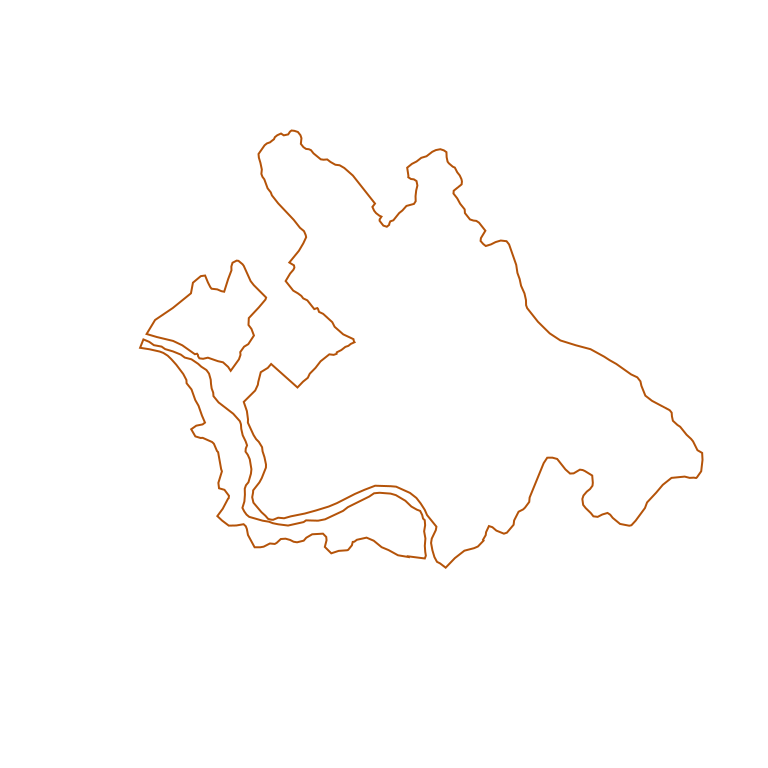 Markz Mallawi, Al Minya, Egypt (Mercator projection), rotated 143°
{"feature_id": "37247803B90937698610862", "entity_name": "Markz Mallawi", "entity_type": "district", "adm_level": 2, "iso_a3": "EGY", "parent_name": "Egypt", "parent_adm1": "Al Minya", "projection": "mercator", "projection_center": [30.813, 27.775], "detail": "fine", "context": "isolated", "style": "outline", "palette": "amber", "viewbox_px": 768, "rotation_deg": 143, "n_neighbors": 0, "source": "geoboundaries", "source_scale": "gbopen_adm2", "svg_char_len": 6168}
<svg xmlns="http://www.w3.org/2000/svg" viewBox="0 0 768 768"><g transform="rotate(143 384 384)"><path d="M506.8,454.1L509.8,444.9L513.9,437.6L516.0,435.0L518.9,421.7L519.3,416.9L518.8,413.1L519.4,406.9L521.5,403.3L523.5,397.5L526.7,390.7L528.6,388.3L538.3,382.4L542.7,380.4L552.5,377.8L553.9,376.1L557.4,372.9L559.7,367.8L559.0,355.4L558.0,350.1L557.7,346.0L555.9,343.7L554.3,342.3L549.0,340.9L544.6,336.9L538.1,334.4L525.2,328.2L514.6,324.0L501.9,319.4L493.3,317.2L473.4,313.7L463.1,311.2L452.3,308.1L440.0,298.2L436.1,294.7L428.8,281.4L426.7,273.5L426.6,266.6L427.2,258.9L428.5,253.4L428.0,238.5L430.6,236.1L438.9,231.8L442.1,228.7L445.4,222.1L447.9,215.4L448.7,210.1L447.2,207.0L445.3,200.2L432.2,202.3L420.1,202.5L410.9,198.7L406.8,197.7L398.7,199.0L398.7,200.0L393.7,202.1L391.7,204.2L385.7,207.4L383.6,204.4L382.5,199.3L378.3,192.3L375.3,191.3L365.2,193.6L362.2,196.7L353.4,201.0L348.3,200.1L345.8,200.4L339.0,202.4L336.0,205.7L304.1,224.7L298.0,226.9L293.9,223.9L290.8,219.9L290.5,206.6L289.3,200.5L286.3,198.5L279.1,197.7L277.1,195.7L276.0,193.7L272.8,185.6L276.7,179.4L278.7,177.3L282.7,176.1L286.8,176.0L291.8,174.9L294.8,172.8L297.7,167.6L297.6,163.5L296.5,156.4L296.4,152.3L293.3,149.3L288.2,148.4L283.1,146.5L282.0,143.5L281.9,139.4L279.7,130.2L273.4,123.2L271.4,122.3L265.3,123.4L250.2,127.9L245.2,131.1L232.1,133.4L222.0,135.7L210.9,136.0L199.6,129.1L196.4,125.1L193.0,122.8L191.3,121.1L190.3,121.1L183.2,123.4L175.3,131.7L171.4,137.5L173.5,142.5L171.7,152.2L171.8,155.3L172.9,161.4L173.2,171.6L174.3,174.7L175.4,180.8L173.5,184.9L171.5,188.0L171.6,191.1L180.1,209.3L182.3,217.4L179.5,227.7L177.6,231.8L177.7,236.9L180.9,243.0L186.4,260.2L189.5,267.3L191.7,273.3L198.1,287.5L207.5,299.5L216.9,312.6L221.2,324.7L223.6,341.0L224.0,358.4L223.1,361.4L220.1,365.6L217.3,371.8L215.4,380.0L212.5,386.2L210.6,392.4L206.7,399.6L200.1,420.2L200.2,424.3L204.4,428.3L209.5,430.2L214.5,431.1L219.7,433.0L220.5,436.1L220.8,440.1L218.8,442.2L210.8,445.4L211.0,455.6L212.1,458.7L214.2,460.7L216.3,463.7L216.5,471.8L214.5,474.9L214.7,482.1L213.8,488.2L213.9,494.3L212.0,496.4L201.9,496.7L199.9,498.8L198.9,500.9L198.0,505.0L198.1,509.0L197.2,514.2L198.3,516.2L199.4,521.2L199.4,523.3L197.5,527.4L194.6,531.6L195.6,534.6L197.7,537.6L201.8,539.6L205.7,540.4L213.0,540.3L218.1,542.2L224.1,542.1L229.2,543.0L235.3,542.8L239.2,535.6L240.2,534.5L239.1,531.5L237.0,529.5L235.9,526.5L237.9,522.4L241.8,519.2L245.8,515.0L248.7,510.9L251.7,509.8L258.9,512.7L264.9,511.5L269.0,511.4L278.0,509.1L281.1,510.1L283.1,509.0L284.1,508.0L287.1,507.9L289.2,510.9L289.3,515.8L289.3,517.0L288.4,518.1L285.3,519.2L286.4,521.2L287.5,525.2L287.6,528.3L286.7,532.4L282.6,533.5L283.4,569.2L285.7,580.4L287.8,585.4L290.9,588.4L293.1,593.5L294.2,597.5L297.3,599.5L299.3,601.5L301.5,610.6L301.6,614.7L302.7,616.7L304.8,618.7L305.8,621.7L305.9,625.8L302.0,630.0L301.0,633.0L301.1,637.1L303.2,640.1L305.3,642.1L307.3,642.1L310.3,641.0L314.4,642.9L315.5,646.0L319.5,646.9L322.6,646.8L324.6,645.7L327.2,645.7L329.6,645.6L332.7,646.6L335.7,646.5L345.8,643.2L347.7,640.1L349.6,635.0L352.5,628.8L355.5,625.6L356.4,622.6L356.4,619.5L359.2,610.3L359.1,605.2L360.0,602.1L359.8,591.9L357.3,569.5L357.1,559.3L355.9,554.2L356.9,550.1L357.8,548.1L363.8,544.9L371.8,541.6L386.5,538.0L384.5,532.9L385.5,530.9L387.5,529.8L392.5,528.7L400.6,525.4L400.3,513.2L398.2,508.2L397.0,504.1L397.0,501.0L394.9,497.0L394.6,485.8L391.6,484.8L391.5,483.8L392.5,480.7L390.4,476.7L388.1,464.5L389.0,459.4L386.7,448.2L381.4,438.2L382.4,436.1L382.4,435.1L386.4,436.0L389.5,435.9L392.5,436.9L397.6,436.8L402.7,437.7L403.7,436.6L406.7,437.6L409.8,440.6L421.0,440.3L429.0,438.1L437.1,436.9L441.1,434.8L447.2,434.6L455.2,433.3L462.1,467.9L467.1,466.8L475.3,467.6L483.2,461.3L485.2,459.3L490.8,456.3L506.8,454.1ZM549.3,564.4L557.0,559.7L550.4,552.9L543.6,544.9L541.5,541.6L539.7,536.8L538.9,531.7L538.3,524.4L538.3,512.8L539.4,506.1L541.2,503.4L541.0,495.5L544.4,484.7L545.2,478.3L548.4,468.3L550.2,460.9L553.2,460.9L559.0,463.7L565.2,463.9L566.2,455.7L563.0,451.3L561.2,450.1L556.2,441.1L555.8,438.7L557.7,431.0L557.5,429.4L565.3,414.0L566.0,411.8L575.8,404.7L578.5,400.0L575.1,395.5L575.1,388.0L576.9,386.2L577.7,386.2L587.9,381.4L596.6,378.8L595.5,372.4L593.2,364.3L587.1,359.9L580.5,356.5L580.0,353.5L580.8,350.7L583.5,345.3L585.6,331.5L581.3,328.2L578.0,326.5L571.1,325.3L567.5,322.0L565.4,321.7L559.7,322.3L555.7,319.7L552.8,315.9L551.1,312.4L548.7,309.9L542.4,307.2L538.6,308.0L531.8,307.2L522.8,301.2L522.2,296.6L523.9,293.8L529.3,289.5L528.0,280.5L520.6,278.0L513.5,273.4L512.4,273.1L506.7,274.5L504.0,276.7L502.6,275.9L499.4,275.9L490.4,271.8L486.5,265.0L484.1,255.1L480.3,248.6L475.9,238.8L468.6,231.1L468.4,231.8L456.4,220.1L453.9,221.7L452.1,225.1L448.8,230.2L443.9,235.7L440.6,242.2L436.1,246.5L433.4,250.8L433.8,253.0L432.3,256.5L431.5,260.9L433.4,263.9L435.9,269.7L437.2,277.9L441.4,288.1L444.7,292.5L453.0,299.8L457.7,302.7L463.5,303.0L487.0,307.4L493.0,307.3L512.5,311.4L518.9,314.5L528.3,322.0L531.3,322.1L545.8,328.7L552.9,335.6L556.6,339.8L558.7,343.2L563.2,347.9L571.6,359.0L572.4,362.4L572.3,366.4L571.6,370.3L566.2,374.2L561.7,379.3L558.2,384.2L555.2,386.2L551.4,387.1L544.3,392.4L541.2,395.7L536.5,404.7L535.4,409.5L535.3,413.3L533.3,415.6L530.3,417.4L529.0,421.5L527.7,428.1L525.0,434.1L522.5,437.9L521.5,441.0L522.3,451.0L527.2,468.8L527.5,476.9L525.6,479.9L524.3,484.2L522.1,488.2L519.8,491.7L517.5,497.6L517.4,502.0L519.5,507.8L520.3,512.0L522.9,519.6L527.2,525.0L528.6,529.8L532.9,537.0L537.8,543.6L539.1,547.7L544.4,553.5L546.1,558.9L549.3,564.4ZM426.1,524.0L428.5,541.3L428.6,546.4L424.9,562.8L424.9,564.8L426.1,569.9L427.4,571.2L432.0,572.0L435.2,569.7L437.4,566.6L445.3,561.6L456.1,553.9L458.0,556.0L460.2,559.9L464.4,563.9L464.4,566.0L463.5,571.1L461.6,578.3L465.4,580.4L475.6,579.9L483.6,572.6L506.9,571.8L528.3,572.9L543.5,566.8L537.2,558.3L526.5,545.3L521.8,536.3L517.1,521.6L515.1,520.7L515.1,519.2L515.8,518.0L516.0,515.6L513.3,513.0L508.8,511.0L502.9,502.2L499.5,498.2L498.2,491.5L498.5,486.8L485.0,491.0L481.1,493.6L479.6,496.0L473.3,498.0L468.4,497.5L458.7,501.0L456.7,507.8L456.7,512.7L452.3,518.0L437.9,520.5L427.8,522.8L426.1,524.0Z" fill="none" stroke="#b45309" stroke-width="2"/></g></svg>